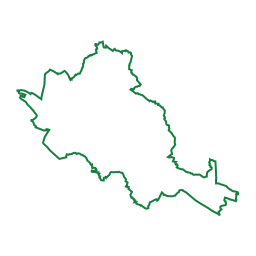 Campulung, Arges, Romania (Albers equal-area conic projection), rotated 271°
{"feature_id": "2599482B28954642514421", "entity_name": "Campulung", "entity_type": "district", "adm_level": 2, "iso_a3": "ROU", "parent_name": "Romania", "parent_adm1": "Arges", "projection": "albers", "projection_center": [25.046, 45.256], "detail": "fine", "context": "isolated", "style": "outline", "palette": "green", "viewbox_px": 256, "rotation_deg": 271, "n_neighbors": 0, "source": "geoboundaries", "source_scale": "gbopen_adm2", "svg_char_len": 5729}
<svg xmlns="http://www.w3.org/2000/svg" viewBox="0 0 256 256"><g transform="rotate(271 128 128)"><path d="M96.1,216.0L96.6,213.9L97.4,213.2L97.5,211.4L98.1,210.5L96.3,210.5L95.0,209.7L93.9,210.4L92.5,210.0L92.0,211.2L90.6,211.0L90.0,212.3L88.5,212.4L88.0,211.9L87.4,210.6L85.4,208.2L83.9,207.7L80.8,207.6L80.7,206.5L80.1,205.8L80.0,205.4L80.1,204.2L82.5,200.7L82.7,199.9L82.5,198.2L82.7,197.0L82.4,195.5L82.5,193.9L83.7,192.8L83.6,191.6L84.3,191.0L85.1,187.0L87.6,183.7L87.8,182.7L87.6,182.0L89.4,177.4L91.3,178.3L92.4,177.8L92.4,177.0L92.2,176.5L92.4,176.3L92.7,176.2L92.9,176.6L93.4,176.5L93.7,176.0L94.6,175.8L94.9,176.2L95.4,173.5L97.6,174.4L98.8,174.5L99.7,172.2L99.4,171.0L99.3,169.0L99.6,168.4L102.0,171.3L102.6,172.5L106.0,171.7L107.6,172.0L110.1,174.2L112.4,175.5L114.0,174.9L117.8,175.1L119.5,174.9L120.2,174.0L123.9,171.5L126.4,168.7L126.9,168.8L127.8,169.4L129.2,168.9L131.1,169.1L131.6,168.2L131.5,167.2L131.8,166.9L132.7,166.2L135.3,165.9L137.3,164.2L138.0,164.1L138.5,164.8L139.3,164.8L140.8,163.6L143.8,164.4L146.1,164.5L148.7,162.3L149.1,162.3L149.0,161.8L150.0,160.3L150.3,160.3L151.2,159.3L151.5,157.7L152.6,158.0L152.5,157.4L153.0,156.6L152.9,154.9L153.7,154.5L155.0,154.7L154.9,153.0L154.4,152.6L155.9,150.2L155.1,149.0L155.9,148.5L156.4,147.3L161.2,141.7L161.3,140.8L161.9,139.2L161.9,137.9L163.0,137.0L162.9,136.2L162.5,135.3L165.5,131.4L166.4,129.9L167.2,130.6L167.1,131.1L167.1,131.6L166.4,131.5L166.8,133.0L167.2,133.4L167.8,133.4L168.5,133.9L169.5,135.6L169.4,136.3L169.7,136.6L170.2,137.7L170.2,138.7L170.8,138.8L171.0,139.3L171.8,140.0L175.9,136.1L177.7,136.3L179.5,135.5L179.5,135.3L179.7,134.8L180.2,134.4L181.3,132.7L181.6,131.6L182.7,131.4L183.6,130.2L184.0,130.1L185.8,130.8L186.8,128.1L190.5,128.1L190.5,128.4L190.9,128.5L192.6,128.6L193.5,129.3L200.2,130.8L201.6,129.7L203.3,129.5L203.6,129.0L203.5,127.2L204.3,127.0L204.3,126.8L205.0,126.2L204.9,125.9L205.3,125.1L204.8,124.5L205.1,124.1L205.5,124.1L204.9,122.4L204.7,120.7L202.8,120.6L204.3,118.8L205.1,116.7L205.3,114.5L206.9,113.3L206.6,112.8L204.8,111.4L206.3,109.4L207.6,107.2L209.9,104.7L207.9,104.3L208.2,102.3L213.8,101.2L213.0,99.9L213.1,98.0L211.8,97.4L210.6,96.4L211.1,95.5L211.4,94.6L211.4,94.0L211.0,93.8L210.0,94.0L208.5,95.4L206.8,95.8L206.6,95.8L206.1,94.7L204.9,94.7L202.6,95.4L201.7,93.3L201.2,92.7L201.1,91.7L200.1,90.8L200.0,90.3L200.4,90.3L200.3,89.0L199.6,88.7L199.1,87.1L198.5,87.0L197.4,85.4L197.3,84.2L195.2,83.0L194.1,82.7L192.4,82.8L191.2,81.9L189.8,82.1L187.9,81.7L187.6,81.3L186.5,81.1L186.1,80.7L184.4,80.4L183.8,79.8L181.6,79.0L181.4,77.8L181.6,77.2L180.2,75.6L179.9,74.9L180.3,74.5L177.9,73.0L177.4,72.1L176.7,71.5L176.5,70.9L175.8,70.8L176.3,70.3L175.1,69.6L176.4,68.8L179.7,67.5L182.1,65.7L184.0,63.6L181.6,60.0L181.2,59.2L181.2,57.7L181.4,56.7L180.8,56.6L182.8,53.6L184.4,50.5L185.0,48.9L183.8,48.2L181.0,44.7L179.9,44.0L170.0,43.7L158.1,41.1L155.3,40.8L159.8,34.3L161.2,31.8L161.5,30.7L160.2,30.0L162.3,26.8L163.6,23.6L164.0,20.5L163.6,16.8L163.4,16.8L163.4,17.5L162.9,17.5L162.7,18.5L161.2,18.2L160.6,18.9L160.6,21.1L160.2,21.9L159.8,24.0L159.4,24.8L157.1,23.8L157.3,23.2L157.6,23.2L158.0,22.2L157.7,22.1L158.2,21.5L158.3,20.1L157.2,20.1L156.4,19.5L154.7,21.3L153.7,23.3L153.2,23.9L152.2,25.5L149.9,26.9L146.9,30.2L145.2,31.5L143.7,33.2L143.4,33.1L139.5,36.3L138.6,36.6L138.0,36.5L137.3,35.9L136.7,35.7L134.4,32.7L134.3,31.4L133.9,31.2L133.6,31.2L132.8,32.5L131.7,33.5L129.6,34.0L128.2,35.9L127.1,35.6L124.0,44.0L124.3,47.0L124.8,47.0L124.9,46.2L125.4,46.4L125.2,48.1L124.8,49.3L117.6,44.9L111.8,43.3L110.8,43.9L107.2,47.9L104.7,49.9L102.9,51.9L95.9,60.0L97.6,66.8L98.9,66.7L100.6,67.2L100.2,68.7L100.4,69.4L100.8,69.7L100.8,71.1L101.2,72.0L101.0,72.5L102.0,73.8L102.3,74.8L102.1,75.6L102.2,76.1L101.1,77.2L101.6,77.9L101.8,78.9L101.4,80.5L100.4,81.7L100.3,83.0L99.4,83.9L99.0,85.0L98.2,86.1L97.0,87.0L94.5,88.1L93.8,89.2L92.2,90.9L91.3,91.0L90.9,91.3L90.5,92.0L90.9,92.7L87.4,92.9L87.3,93.1L87.8,93.7L87.7,94.1L87.4,96.0L87.0,96.5L85.3,97.3L84.7,97.1L84.8,95.3L84.5,94.7L84.8,92.6L83.8,92.4L83.5,93.0L83.4,96.1L82.9,97.2L83.2,99.1L82.3,99.0L82.0,100.1L80.8,99.4L80.5,99.5L79.2,100.8L78.9,100.3L78.0,100.2L77.9,100.7L75.3,102.0L75.1,104.6L77.8,104.7L78.1,106.3L77.8,106.6L78.7,106.7L78.5,108.1L79.6,108.7L80.6,110.1L82.9,111.0L83.6,111.8L83.7,112.6L83.5,113.6L83.5,115.0L83.8,117.0L83.6,118.5L84.1,119.7L83.4,121.3L82.9,123.3L82.2,123.8L79.0,125.0L76.7,126.9L74.8,126.5L73.5,128.5L70.9,127.9L69.5,126.9L69.1,127.4L69.2,128.0L69.6,128.4L69.3,128.5L69.1,129.6L68.5,129.4L68.3,129.7L67.6,130.0L67.1,129.6L64.2,133.1L62.0,131.9L61.2,131.6L60.3,131.8L58.3,132.7L58.7,133.7L57.2,134.5L57.0,135.5L56.7,135.6L56.1,135.4L55.7,136.5L53.8,135.6L54.1,137.6L53.5,137.3L52.7,137.6L52.1,138.6L51.4,140.9L50.8,141.8L51.1,141.9L51.0,142.5L48.1,146.4L47.8,147.6L47.8,148.6L48.2,149.7L50.2,149.6L51.3,150.5L54.0,151.2L55.4,154.0L56.1,155.0L57.1,157.2L57.3,157.9L55.9,158.5L56.7,159.5L64.2,163.0L62.9,164.5L61.7,164.8L61.8,166.2L61.3,166.7L60.6,168.7L60.5,173.7L61.2,175.6L61.1,176.2L62.9,177.6L64.4,179.1L64.6,179.9L66.6,180.5L66.9,182.3L66.9,183.7L66.2,184.2L64.7,187.1L57.0,196.6L54.1,201.2L49.7,209.0L47.2,212.7L45.3,216.3L45.1,217.1L44.5,217.7L43.8,219.5L42.2,221.3L45.7,220.0L48.3,222.9L49.6,221.7L51.0,221.8L51.6,222.5L52.6,226.7L53.7,227.4L54.5,227.3L55.7,226.7L56.3,226.9L56.6,226.2L57.4,225.5L60.1,226.2L59.1,229.7L58.5,230.8L57.2,235.8L56.7,236.9L57.4,237.1L57.4,237.5L57.9,237.6L58.0,237.3L58.5,237.1L63.4,237.6L63.7,239.1L64.3,239.2L64.2,237.7L65.6,238.7L66.0,237.9L66.4,236.4L66.5,234.7L66.9,233.4L68.0,232.0L68.3,231.1L70.0,228.7L71.5,227.5L72.4,225.1L73.4,221.3L74.2,219.6L74.1,217.0L78.1,216.9L78.2,217.1L80.0,217.1L82.2,216.8L83.0,216.9L96.1,216.0Z" fill="none" stroke="#15803d" stroke-width="2"/></g></svg>